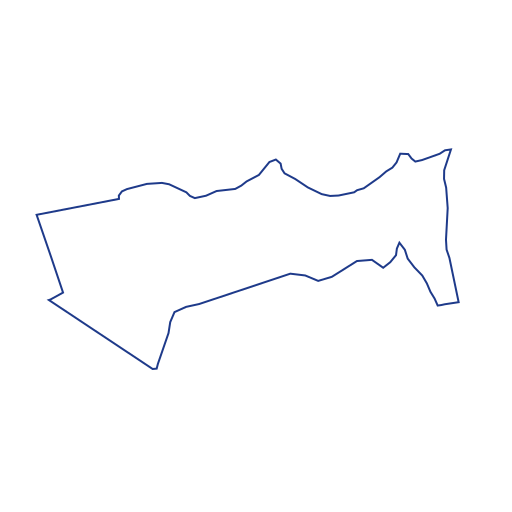 the border of Oshana, rotated 259°
{"feature_id": "NAM-3351", "entity_name": "Oshana", "entity_type": "Region", "adm_level": 1, "iso_a3": "NAM", "parent_name": "Namibia", "parent_adm1": "", "projection": "orthographic", "projection_center": [15.74, -18.505], "detail": "fine", "context": "isolated", "style": "outline", "palette": "blue", "viewbox_px": 512, "rotation_deg": 259, "n_neighbors": 0, "source": "natural_earth", "source_scale": "10m", "svg_char_len": 1168}
<svg xmlns="http://www.w3.org/2000/svg" viewBox="0 0 512 512"><g transform="rotate(259 256 256)"><path d="M252.3,44.3L252.5,45.9L256.9,59.6L293.9,54.7L338.3,48.5L338.2,132.4L341.5,132.9L345.0,136.7L346.3,142.1L347.6,162.7L345.7,177.6L343.0,184.4L331.8,199.8L327.6,202.6L324.5,207.0L324.7,218.4L327.3,229.7L325.8,248.4L327.9,255.0L331.0,261.0L335.0,274.3L345.7,287.1L346.9,293.9L342.0,297.8L336.7,297.8L331.7,299.8L324.1,309.2L313.4,320.0L304.2,332.3L300.8,340.2L299.6,348.6L299.8,364.5L301.3,367.8L301.9,374.7L309.8,392.3L314.2,400.0L316.7,406.7L321.0,411.8L328.9,417.1L327.0,424.9L322.0,427.3L318.3,430.4L318.5,437.3L321.3,455.8L323.7,461.7L323.4,467.7L304.3,457.1L295.8,455.3L286.8,455.7L266.4,453.3L235.7,445.6L225.9,444.3L217.2,445.5L172.0,446.1L172.6,432.1L172.5,428.4L172.7,424.9L180.1,423.2L187.6,420.4L196.5,418.5L205.1,415.5L214.6,409.3L224.5,404.4L233.7,403.3L241.7,399.3L236.4,395.7L230.1,393.6L224.3,386.6L220.2,378.6L230.1,369.1L231.8,354.1L221.1,326.5L219.7,312.3L227.5,300.6L232.1,286.3L219.7,191.0L219.4,177.7L216.5,165.3L207.5,159.2L197.0,155.4L168.8,139.1L164.4,137.0L164.8,133.0L252.3,44.3Z" fill="none" stroke="#1e3a8a" stroke-width="2"/></g></svg>